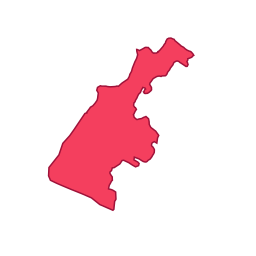 outline of Al-Ghanayem, Asyut, Egypt, rotated 60°
{"feature_id": "37247803B60942546572959", "entity_name": "Al-Ghanayem", "entity_type": "district", "adm_level": 2, "iso_a3": "EGY", "parent_name": "Egypt", "parent_adm1": "Asyut", "projection": "mercator", "projection_center": [31.325, 26.921], "detail": "fine", "context": "isolated", "style": "filled", "palette": "rose", "viewbox_px": 256, "rotation_deg": 60, "n_neighbors": 0, "source": "geoboundaries", "source_scale": "gbopen_adm2", "svg_char_len": 3360}
<svg xmlns="http://www.w3.org/2000/svg" viewBox="0 0 256 256"><g transform="rotate(60 128 128)"><path d="M64.3,81.2L65.7,81.9L67.3,82.4L69.4,83.0L72.0,85.7L74.1,88.9L78.3,94.2L80.4,96.3L80.9,96.9L82.4,99.5L84.0,101.1L85.6,103.8L86.1,110.7L86.3,111.8L87.1,115.5L86.1,116.6L86.1,117.1L85.5,118.7L83.4,122.9L81.8,125.1L80.8,126.1L78.6,129.8L77.6,130.9L77.6,134.1L79.7,136.2L80.2,136.2L81.8,136.2L82.8,136.2L85.4,138.2L87.0,139.4L88.6,141.0L90.1,144.2L91.2,147.4L91.2,150.1L92.2,152.2L93.8,156.0L94.3,156.0L93.9,158.1L102.5,175.7L105.6,182.5L108.7,192.1L116.8,201.3L122.7,216.2L129.7,220.7L134.5,221.3L140.2,217.4L144.9,213.9L153.2,207.6L153.8,207.1L161.7,200.9L170.2,194.6L180.2,190.7L191.7,182.2L191.3,180.8L190.5,180.3L187.7,178.3L186.2,177.2L184.9,176.3L183.9,174.4L183.6,174.0L180.9,172.6L178.4,171.3L177.3,170.7L175.8,171.4L174.0,172.4L173.3,173.0L172.8,173.4L172.2,174.0L171.7,174.6L171.0,175.3L170.5,174.9L169.7,174.2L168.6,173.2L168.1,172.7L167.9,172.3L167.5,171.6L167.1,170.9L165.7,168.8L165.5,167.7L163.0,166.4L162.6,166.1L161.5,166.2L160.5,166.3L158.9,166.3L158.5,166.4L157.2,165.8L156.6,163.5L154.7,161.6L155.4,159.8L155.3,157.9L155.2,156.3L155.2,155.7L155.1,154.2L155.1,153.4L154.8,152.5L154.3,151.5L153.7,150.4L153.2,149.4L153.8,147.8L154.8,147.2L158.5,144.6L159.6,144.1L162.7,142.5L165.4,140.9L165.9,137.7L164.3,136.1L162.2,136.6L160.6,137.7L160.1,137.7L159.1,138.7L158.5,138.7L156.4,137.1L157.0,136.6L158.8,135.1L160.1,134.0L162.2,132.9L164.6,131.6L165.4,130.8L165.9,130.3L166.5,129.2L166.5,128.2L166.0,126.6L166.0,124.4L164.9,121.8L163.9,120.2L163.4,119.1L162.3,117.5L161.6,117.0L161.1,116.7L160.7,116.4L159.7,115.9L157.1,115.9L155.5,116.4L155.0,116.4L153.4,115.3L152.9,114.3L152.9,112.1L155.5,110.6L151.3,107.3L149.8,105.1L144.5,105.6L143.6,106.0L138.8,108.0L138.2,107.9L137.1,107.9L135.6,107.8L134.9,107.5L133.2,106.6L132.4,106.3L130.3,105.6L127.0,106.7L127.0,107.2L126.6,109.3L126.6,110.4L126.6,111.5L126.3,112.3L126.0,113.1L125.5,114.6L125.5,115.2L125.0,116.2L123.4,116.8L121.8,117.3L119.7,116.7L119.2,116.7L118.7,115.7L117.1,113.5L116.1,111.4L114.0,111.4L113.4,111.9L111.8,111.9L111.3,111.9L109.2,110.3L109.2,109.8L108.7,108.7L107.7,107.6L106.6,105.5L105.0,103.4L104.0,101.8L103.5,99.6L101.9,97.5L100.3,94.8L100.9,94.3L101.4,93.8L101.9,93.3L103.0,93.3L103.0,93.8L103.5,94.9L104.0,95.4L104.6,95.9L104.5,96.5L105.1,96.5L105.6,96.5L106.1,96.5L106.7,95.9L107.7,93.8L107.7,92.2L107.2,89.6L106.7,88.5L104.6,87.4L104.1,87.4L100.9,87.4L99.9,86.3L99.3,84.7L98.8,83.7L98.3,82.6L97.8,81.5L97.8,79.4L97.8,77.3L98.3,75.7L98.9,74.6L99.4,74.1L99.9,73.6L99.9,72.5L101.0,70.4L101.5,69.3L101.0,67.7L99.4,65.6L98.4,62.9L97.3,61.3L95.8,57.6L94.2,55.5L94.2,52.8L94.7,51.7L95.8,50.7L97.4,50.2L98.4,49.6L103.7,47.0L104.2,45.9L103.5,44.9L103.2,44.3L101.1,43.8L100.0,43.8L99.0,42.2L97.9,41.6L98.5,38.5L98.5,37.0L98.0,35.8L98.0,34.7L96.4,34.7L93.8,35.2L92.7,35.8L91.7,36.8L91.2,37.1L90.1,37.9L88.0,38.9L85.9,39.5L84.3,40.5L83.7,41.0L83.2,41.0L80.1,42.1L75.8,43.7L74.3,43.7L73.2,44.7L71.6,45.8L70.6,47.9L70.6,48.4L70.5,49.5L71.1,50.6L72.1,52.2L73.2,53.2L73.7,54.8L74.7,56.4L75.3,58.0L76.8,62.3L76.8,63.9L77.3,63.9L77.3,64.9L77.3,66.0L76.3,67.6L76.3,68.1L75.7,68.7L75.2,68.7L74.2,69.2L72.0,69.2L70.5,69.7L68.4,70.2L67.8,71.3L67.3,71.8L66.8,72.9L66.8,73.9L66.8,76.1L66.7,78.2L66.7,79.3L64.6,80.8L64.3,81.2Z" fill="#f43f5e" stroke="#9f1239" stroke-width="1.5"/></g></svg>